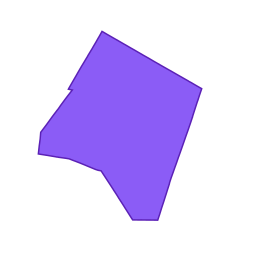 outline of Comuna 6, Ciudad de Buenos Aires, Argentina, rotated 220°
{"feature_id": "61730980B491501502306", "entity_name": "Comuna 6", "entity_type": "district", "adm_level": 2, "iso_a3": "ARG", "parent_name": "Argentina", "parent_adm1": "Ciudad de Buenos Aires", "projection": "mercator", "projection_center": [-58.443, -34.617], "detail": "fine", "context": "isolated", "style": "filled", "palette": "violet", "viewbox_px": 256, "rotation_deg": 220, "n_neighbors": 0, "source": "geoboundaries", "source_scale": "gbopen_adm2", "svg_char_len": 1824}
<svg xmlns="http://www.w3.org/2000/svg" viewBox="0 0 256 256"><g transform="rotate(220 128 128)"><path d="M60.9,112.6L62.8,117.3L65.2,123.8L66.6,127.5L68.5,132.7L70.7,138.4L71.0,139.3L73.7,146.6L76.2,153.2L78.6,159.5L80.9,165.7L82.2,169.0L83.1,171.4L85.6,177.7L85.6,177.9L86.0,178.5L88.3,184.1L90.9,190.5L91.8,192.7L92.2,193.9L94.4,199.3L94.9,200.6L96.8,205.5L101.7,204.6L106.9,203.7L108.3,203.5L111.1,202.9L112.1,202.8L115.3,202.2L120.3,201.3L121.9,201.0L129.2,199.7L136.2,198.4L141.6,197.4L151.7,195.6L156.0,194.9L162.5,193.7L169.4,192.5L173.5,191.8L177.8,191.0L183.6,190.0L184.6,189.8L190.9,188.7L196.9,187.6L202.6,186.6L203.6,186.4L206.6,185.9L208.5,185.6L210.0,185.3L209.7,183.8L209.0,180.1L208.8,179.0L208.7,178.3L208.1,175.0L207.8,173.4L206.8,167.4L206.6,166.5L205.3,158.0L205.0,156.7L204.6,153.9L204.0,150.3L203.1,144.4L203.0,144.2L202.9,143.3L201.8,137.1L201.6,136.1L200.7,130.9L198.8,120.2L198.6,119.4L195.1,121.3L194.8,113.4L194.6,109.5L194.1,101.6L194.0,100.9L193.7,97.4L193.7,96.2L193.5,92.0L193.3,88.1L193.0,84.0L192.9,82.9L192.7,79.6L192.6,78.6L192.4,74.7L192.1,68.6L188.2,63.1L184.6,57.4L180.0,50.5L177.6,51.9L177.3,52.1L172.5,55.0L171.7,55.5L170.8,56.0L165.0,59.4L163.9,60.0L163.2,60.5L162.5,60.9L162.4,60.9L158.8,63.2L156.4,64.7L153.2,66.6L152.8,66.7L148.9,68.0L148.1,68.3L142.9,70.1L142.3,70.3L136.7,72.1L136.0,72.3L130.6,74.0L126.2,75.4L123.7,76.4L121.1,77.9L117.5,76.8L108.2,74.0L107.2,73.7L102.9,72.4L101.0,71.8L100.6,71.7L99.4,71.3L99.2,71.2L97.1,70.6L94.8,69.9L92.9,69.3L90.5,68.5L90.0,68.3L85.7,67.0L81.2,65.6L78.8,64.8L77.5,64.4L74.0,63.3L67.1,61.1L65.3,60.6L63.9,61.8L60.6,64.5L59.9,65.1L56.0,68.3L51.3,72.2L50.9,72.5L48.5,74.5L46.9,75.8L46.0,76.5L48.3,82.3L50.9,88.5L53.4,94.8L55.8,100.6L56.1,101.4L58.2,106.4L60.4,111.8L60.9,112.6Z" fill="#8b5cf6" stroke="#5b21b6" stroke-width="1.5"/></g></svg>